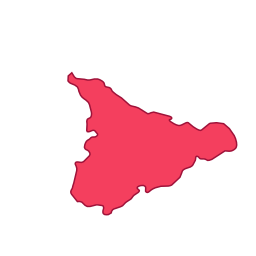 Alba, Robinson projection, rotated 146°
{"feature_id": "ROU-294", "entity_name": "Alba", "entity_type": "County", "adm_level": 1, "iso_a3": "ROU", "parent_name": "Romania", "parent_adm1": "", "projection": "robinson", "projection_center": [23.52, 46.007], "detail": "fine", "context": "isolated", "style": "filled", "palette": "rose", "viewbox_px": 256, "rotation_deg": 146, "n_neighbors": 0, "source": "natural_earth", "source_scale": "10m", "svg_char_len": 2797}
<svg xmlns="http://www.w3.org/2000/svg" viewBox="0 0 256 256"><g transform="rotate(146 128 128)"><path d="M58.1,86.1L57.1,85.9L51.7,82.9L46.3,78.1L44.3,70.8L44.2,62.4L44.8,59.1L46.0,55.6L47.4,53.1L48.8,51.7L50.1,51.0L51.6,50.8L52.9,50.8L54.4,51.0L55.4,51.3L57.1,52.2L60.4,54.8L76.0,55.1L78.6,55.8L80.1,56.6L81.1,58.5L81.7,59.3L82.7,60.2L84.1,61.1L85.0,61.8L85.5,62.6L85.7,64.2L85.9,65.1L86.7,66.1L87.5,66.2L88.3,65.8L89.5,64.3L90.4,63.5L94.9,61.1L96.0,60.8L98.0,60.8L103.1,62.2L105.0,62.4L106.4,62.2L107.4,61.7L108.5,60.8L112.5,58.1L123.7,56.3L125.5,56.7L127.1,57.4L133.3,61.3L138.8,63.2L141.2,63.6L143.2,63.7L146.8,63.4L148.1,63.8L148.7,64.6L148.8,65.7L147.9,67.0L147.0,68.2L146.4,69.3L146.6,70.5L147.4,71.8L149.7,73.2L151.5,73.7L153.1,73.8L153.8,73.3L154.1,72.6L153.9,71.6L153.6,70.7L153.6,69.8L154.3,69.2L155.5,68.9L160.7,68.9L162.0,68.6L164.2,67.8L165.3,67.5L170.3,67.6L171.9,67.5L176.0,66.6L178.2,66.9L185.1,68.8L186.6,68.8L188.4,68.0L189.3,67.0L192.7,67.2L194.4,68.2L195.7,69.3L196.1,70.1L196.3,71.0L195.9,72.2L195.0,73.4L193.7,74.5L192.8,75.4L192.2,77.1L192.7,78.1L196.2,81.3L197.3,82.0L203.4,84.2L205.7,85.8L206.8,87.9L207.7,92.3L208.6,93.5L209.4,94.3L211.1,95.3L211.8,104.4L211.7,105.8L211.2,107.0L210.0,108.1L207.8,109.2L206.1,110.8L203.7,112.7L194.4,121.3L193.1,123.0L192.4,125.0L191.9,127.6L191.4,128.3L190.6,128.7L189.6,128.5L188.6,127.9L186.6,126.1L185.6,125.4L184.6,125.1L183.3,125.0L175.7,126.5L174.3,127.3L173.6,128.6L173.5,130.8L174.0,132.2L174.8,133.5L175.2,134.8L174.9,136.4L173.2,138.2L171.7,139.3L170.0,140.2L168.7,140.4L167.6,140.4L166.8,140.3L166.0,140.3L164.2,140.7L163.1,140.6L162.2,140.2L161.2,139.5L160.2,139.0L159.1,138.8L158.0,138.9L157.2,139.2L156.6,140.0L157.1,144.5L157.9,145.4L158.9,145.9L161.8,146.5L163.1,147.1L163.8,147.8L163.6,149.0L159.8,154.1L158.4,156.6L157.6,157.4L156.9,157.9L155.8,158.0L154.1,157.7L153.3,157.7L152.5,158.0L151.7,158.5L150.8,159.5L150.1,160.4L149.4,161.8L146.9,168.8L146.5,171.3L147.3,174.8L148.1,176.8L148.8,179.1L149.0,181.7L148.2,185.8L147.3,188.2L147.0,190.4L148.1,193.4L150.8,197.5L151.3,199.3L151.4,200.6L148.4,204.6L143.7,205.2L143.9,200.6L143.7,199.6L143.3,198.2L142.6,197.4L137.0,192.8L134.6,190.3L132.7,189.1L128.4,187.4L125.7,185.5L124.4,183.8L123.2,181.4L122.8,180.0L122.7,178.8L123.0,177.8L123.4,176.7L123.7,175.8L123.3,174.5L121.0,172.1L120.4,171.0L120.2,169.9L120.5,167.3L120.0,165.3L119.1,162.3L116.6,156.6L113.9,146.0L112.9,144.4L110.0,141.3L108.1,138.7L103.8,129.0L102.6,128.2L100.4,127.8L97.8,126.8L87.1,114.6L86.3,113.4L86.0,112.4L86.2,111.8L86.6,111.4L87.3,111.3L88.1,111.4L89.0,111.7L89.4,111.2L89.3,109.8L87.5,105.8L86.2,103.6L84.8,101.9L83.6,101.1L82.2,100.6L77.2,99.9L75.9,99.5L75.1,98.7L73.3,92.6L71.6,88.7L70.4,86.7L69.3,85.5L68.2,85.2L58.1,86.1Z" fill="#f43f5e" stroke="#9f1239" stroke-width="1.5"/></g></svg>